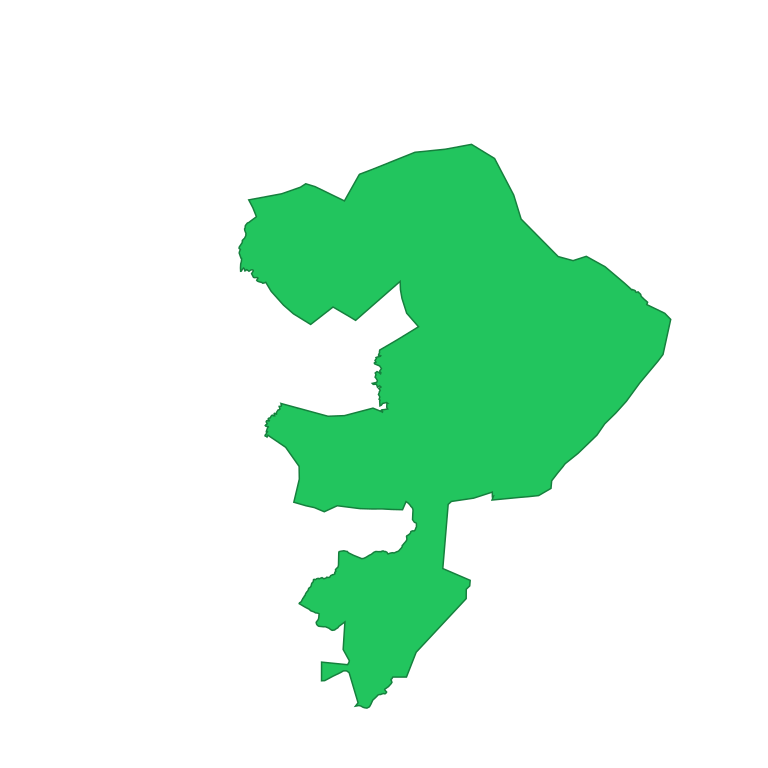 Santiago Chazumba, Oaxaca, Mexico (Natural Earth projection), rotated 46°
{"feature_id": "50627088B38611852614507", "entity_name": "Santiago Chazumba", "entity_type": "district", "adm_level": 2, "iso_a3": "MEX", "parent_name": "Mexico", "parent_adm1": "Oaxaca", "projection": "natural_earth1", "projection_center": [-97.716, 18.178], "detail": "fine", "context": "isolated", "style": "filled", "palette": "green", "viewbox_px": 768, "rotation_deg": 46, "n_neighbors": 0, "source": "geoboundaries", "source_scale": "gbopen_adm2", "svg_char_len": 6134}
<svg xmlns="http://www.w3.org/2000/svg" viewBox="0 0 768 768"><g transform="rotate(46 384 384)"><path d="M542.5,386.9L560.1,364.8L565.1,358.7L571.5,350.5L571.7,350.2L575.1,336.4L570.1,330.6L568.7,321.0L567.7,312.3L567.4,310.7L567.2,308.9L568.7,292.3L568.7,266.4L566.0,252.9L565.9,237.6L564.8,221.7L560.9,199.2L557.9,171.1L556.6,162.8L536.7,132.9L528.2,132.9L509.4,139.8L508.3,137.6L503.3,138.0L499.6,138.1L497.8,137.1L496.0,137.1L495.2,137.3L494.5,137.1L493.7,138.0L493.4,138.8L493.0,139.0L492.3,139.0L491.6,138.5L490.6,138.7L489.8,139.2L488.7,139.6L488.6,140.3L478.1,141.0L453.3,143.5L432.7,149.8L426.6,162.3L413.3,170.2L360.6,170.8L338.1,159.4L298.6,147.8L272.4,154.6L257.7,176.8L238.8,200.8L220.3,246.2L216.2,255.7L216.2,256.5L224.8,285.3L194.1,296.5L185.6,301.2L184.4,307.4L176.0,325.6L157.6,353.4L166.1,355.9L174.9,359.5L175.0,360.2L174.1,366.9L174.0,368.6L173.3,370.5L173.7,373.6L174.7,374.9L175.3,375.5L175.6,376.6L176.9,377.5L180.0,378.8L180.6,379.7L181.2,380.1L182.2,382.8L182.3,386.0L182.6,386.6L183.0,386.7L183.8,387.9L184.9,392.9L185.4,393.7L185.9,394.1L187.4,393.8L188.5,396.2L189.2,397.2L194.2,399.5L194.7,399.2L195.4,399.9L196.8,401.5L198.1,403.7L200.8,406.6L203.3,408.8L203.7,408.2L203.1,406.1L203.0,404.5L203.7,404.4L204.9,404.9L206.0,405.5L206.4,404.6L206.1,403.6L206.6,403.2L209.1,402.8L209.5,400.7L210.0,399.7L210.7,399.2L211.5,399.2L212.0,399.8L212.6,402.6L216.6,403.8L217.4,403.4L219.4,401.2L220.3,401.1L220.5,401.5L220.9,403.5L221.7,403.6L222.8,403.3L224.1,402.6L226.0,401.4L227.3,401.2L228.2,399.8L228.7,398.4L239.0,400.8L257.4,401.5L270.6,400.4L290.2,395.4L293.2,367.2L308.8,362.8L318.5,360.2L321.4,301.1L327.8,306.8L334.9,311.6L348.8,318.5L366.8,319.4L361.4,343.8L356.6,363.5L357.8,365.1L358.4,365.4L359.1,367.5L359.9,368.2L360.7,367.1L361.4,366.7L361.6,367.3L359.9,370.2L359.4,371.4L360.4,371.7L360.8,374.1L362.7,374.6L362.1,376.2L362.5,376.6L363.1,376.7L368.0,374.6L371.2,375.2L371.6,377.9L372.1,378.3L373.8,378.4L374.3,379.4L372.0,379.7L370.2,380.4L370.0,382.7L371.8,383.4L372.4,384.8L373.0,385.7L374.2,385.7L376.7,386.3L377.1,386.6L377.7,388.0L377.0,389.4L375.4,392.0L376.8,392.0L379.0,389.6L381.8,390.9L382.2,388.5L383.7,388.2L384.1,388.3L383.6,390.9L385.9,391.1L386.2,392.0L386.2,392.5L386.9,393.4L387.7,395.3L389.3,395.6L390.5,396.1L391.6,398.2L392.9,398.1L393.3,399.0L396.9,402.1L397.4,400.5L397.0,398.5L399.2,394.9L400.2,394.8L399.8,395.2L402.6,398.2L404.5,398.7L402.6,401.6L401.1,403.4L401.0,404.5L402.2,404.1L403.0,404.2L403.2,404.7L402.3,404.9L393.7,408.7L379.3,434.4L368.3,446.7L341.9,462.4L341.8,462.8L341.5,462.9L341.6,462.6L326.5,471.6L326.8,471.7L327.1,472.2L328.4,472.8L328.5,473.0L328.5,473.4L327.3,475.0L328.9,475.8L329.7,476.2L329.7,476.8L329.6,477.5L329.1,478.2L329.2,478.7L329.7,480.8L330.2,481.9L330.8,481.9L331.0,482.2L330.6,482.6L329.3,483.0L329.0,483.2L329.2,483.9L330.9,484.8L329.9,485.7L328.9,485.9L328.7,486.2L328.7,487.4L329.3,489.4L328.5,490.8L328.5,491.3L328.8,491.7L329.3,491.9L330.7,491.9L330.8,492.1L330.7,492.5L329.3,493.4L329.0,493.8L329.0,494.2L329.1,494.7L329.5,495.1L331.5,495.6L331.3,497.7L331.4,498.3L332.3,498.3L334.1,497.1L334.4,496.9L334.6,497.0L334.6,498.1L336.4,501.7L336.6,501.8L337.0,501.5L337.3,501.0L337.5,501.0L337.6,502.7L338.2,503.3L338.1,504.6L338.3,505.1L338.6,505.2L338.7,505.6L339.0,505.6L339.8,505.1L340.9,505.0L340.2,503.1L361.2,498.7L384.3,502.3L393.6,511.0L406.4,531.0L417.4,524.7L424.6,519.9L434.4,515.7L439.1,502.2L456.9,487.9L465.3,479.7L472.8,471.9L479.8,465.4L487.3,458.0L483.9,449.8L486.8,449.3L489.5,449.4L490.9,449.7L492.0,449.6L492.9,449.7L494.0,450.2L494.7,450.6L495.5,451.4L497.4,453.5L501.4,457.7L504.7,458.2L505.7,457.6L506.4,457.5L507.0,457.7L509.4,460.0L509.7,461.2L510.6,462.8L510.6,464.4L509.3,465.7L508.8,467.2L509.3,467.9L509.7,469.2L509.5,471.5L509.1,472.8L509.1,473.2L509.2,473.6L511.5,475.3L511.9,475.9L512.4,477.5L512.7,481.2L512.9,481.7L512.8,482.9L512.9,483.2L513.3,483.5L513.7,484.0L514.0,485.4L514.3,489.7L513.5,491.4L512.5,494.3L511.6,494.7L510.4,496.3L509.7,497.6L509.3,498.7L508.9,499.2L507.1,498.8L505.5,499.3L505.0,500.0L504.5,500.2L503.9,500.3L502.8,501.4L502.8,502.3L500.6,504.6L498.8,506.2L498.0,508.2L497.7,511.5L497.0,513.5L496.2,517.2L495.4,519.6L494.2,521.3L486.1,524.9L480.8,526.8L478.8,526.8L478.5,527.2L476.1,528.7L474.4,531.1L473.4,532.7L473.7,533.4L474.2,534.0L482.5,542.4L483.4,543.6L483.7,544.3L483.7,545.0L483.7,546.2L483.8,547.8L484.5,548.4L485.2,548.7L485.2,549.6L485.5,550.5L486.4,551.1L486.0,552.8L485.3,553.6L485.3,554.2L484.8,555.4L485.3,557.4L484.2,558.8L483.7,559.1L483.3,559.2L483.2,560.9L482.2,562.6L480.2,563.1L479.9,564.1L479.5,564.6L479.2,565.9L478.8,566.2L478.1,566.3L477.7,567.0L477.3,567.8L477.2,568.9L476.9,569.5L476.0,569.9L475.8,570.4L475.9,570.9L476.8,571.8L477.1,572.5L477.1,573.5L477.2,574.3L477.6,575.2L478.4,576.4L478.9,577.4L478.9,578.4L478.7,579.8L478.8,580.4L479.4,581.3L479.9,582.7L479.9,583.8L480.2,585.3L480.7,586.8L481.3,587.5L481.2,588.5L481.6,589.1L481.5,589.7L481.9,590.5L481.8,591.3L482.1,591.7L482.3,592.6L482.9,594.1L483.1,595.4L482.7,596.7L483.1,597.6L489.9,595.7L492.9,594.7L493.5,594.4L496.3,594.2L499.3,592.7L501.0,592.3L502.7,590.9L504.4,590.3L505.3,591.6L506.4,592.8L507.7,594.7L508.3,598.3L509.6,599.2L510.7,599.5L512.4,599.4L513.1,599.1L516.7,596.1L517.8,594.8L521.5,593.2L523.4,593.0L525.2,592.4L526.7,590.3L526.7,589.3L527.3,586.6L527.0,584.6L528.0,577.4L546.6,597.8L559.1,601.2L560.0,602.9L560.6,605.2L540.7,622.1L554.1,635.1L556.2,632.7L558.8,623.5L561.4,615.7L562.2,612.4L564.3,610.2L567.4,609.6L595.3,624.1L595.9,628.3L597.8,625.5L599.4,624.4L602.1,623.6L603.5,622.8L605.3,621.4L606.1,618.7L605.2,615.7L603.6,611.7L603.7,607.9L603.6,604.1L604.0,603.3L605.1,602.0L605.3,601.3L605.5,600.7L605.8,600.4L606.1,599.5L606.5,599.3L607.6,598.5L607.7,596.7L607.4,596.1L605.0,596.0L604.1,595.6L604.1,595.1L604.5,593.0L604.5,592.4L604.8,591.1L604.5,586.9L604.1,585.5L602.7,584.8L601.9,584.6L601.4,584.2L601.5,583.2L601.0,581.2L610.4,571.4L599.3,547.2L595.5,474.0L588.8,467.4L588.8,462.6L585.1,458.4L557.6,469.9L515.2,421.5L515.3,417.1L528.4,398.8L537.0,381.2L540.3,384.3L540.7,383.2L542.5,386.9Z" fill="#22c55e" stroke="#15803d" stroke-width="1.5"/></g></svg>